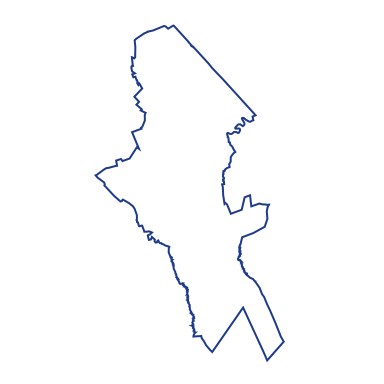 the district of Roerdalen, Limburg, Netherlands, rotated 92°
{"feature_id": "6326949B39652859333828", "entity_name": "Roerdalen", "entity_type": "district", "adm_level": 2, "iso_a3": "NLD", "parent_name": "Netherlands", "parent_adm1": "Limburg", "projection": "orthographic", "projection_center": [6.075, 51.145], "detail": "fine", "context": "isolated", "style": "outline", "palette": "blue", "viewbox_px": 384, "rotation_deg": 92, "n_neighbors": 0, "source": "geoboundaries", "source_scale": "gbopen_adm2", "svg_char_len": 6092}
<svg xmlns="http://www.w3.org/2000/svg" viewBox="0 0 384 384"><g transform="rotate(92 192 192)"><path d="M78.2,165.1L67.6,176.0L63.0,180.0L46.8,195.9L47.0,196.1L46.4,196.7L46.5,197.0L46.3,197.3L46.2,197.0L42.3,200.7L42.2,200.6L26.6,215.8L26.3,216.5L29.6,221.5L27.4,224.2L27.1,225.8L32.0,236.7L33.3,241.8L33.5,241.7L35.1,245.2L40.8,253.1L42.4,254.6L48.8,253.7L59.5,253.5L60.5,254.5L59.7,255.7L59.4,256.8L67.0,255.7L68.1,255.3L68.6,256.2L68.2,256.5L68.7,256.9L70.2,256.9L73.6,256.0L75.4,253.2L76.5,255.8L79.4,254.6L78.8,252.6L82.1,251.3L82.0,251.0L84.3,250.0L85.0,250.6L87.0,249.3L85.6,248.3L90.3,245.4L98.8,252.9L103.7,248.1L106.7,250.6L111.1,245.1L112.3,246.1L114.5,241.1L116.6,241.9L122.1,241.6L128.3,243.8L129.6,245.2L130.5,244.7L134.3,254.0L150.7,246.5L149.3,248.7L160.7,255.5L163.5,262.5L161.5,264.1L163.2,268.9L168.4,267.8L168.7,269.5L170.7,275.9L171.2,278.6L173.1,281.4L178.0,287.5L178.7,288.9L180.9,286.9L185.5,280.2L187.3,279.4L188.5,279.8L198.7,269.6L204.0,263.1L203.4,261.7L202.5,261.4L202.0,260.8L205.2,254.7L208.3,250.5L210.9,248.7L217.0,246.3L221.2,246.1L222.0,246.5L222.6,246.0L224.0,245.8L224.0,245.3L224.7,244.8L227.6,244.0L228.0,243.6L228.0,243.0L227.3,241.1L227.4,240.6L233.4,238.2L233.2,237.6L233.3,235.8L232.8,233.6L233.9,230.6L235.9,232.6L236.7,234.4L237.1,234.7L241.4,233.4L240.8,231.3L238.3,230.5L240.9,227.5L242.4,227.7L243.7,226.8L243.8,226.1L243.6,225.3L242.1,224.8L241.6,224.0L243.4,223.1L244.2,222.3L244.3,220.8L244.6,220.8L245.0,220.2L245.4,218.5L246.5,216.7L247.3,213.2L247.7,212.7L248.5,213.2L253.0,213.2L256.6,211.7L257.0,211.2L257.4,211.3L257.4,210.7L257.7,210.4L258.1,210.5L258.0,210.1L258.1,209.9L258.6,210.3L259.9,209.8L260.2,209.3L260.5,210.0L261.6,209.6L261.9,209.9L261.6,210.1L262.0,210.1L262.3,209.9L262.5,209.3L263.5,208.9L263.5,208.6L264.3,208.8L264.7,208.0L265.1,208.2L265.1,207.9L265.9,207.7L266.5,208.0L266.7,207.7L267.1,207.9L269.6,207.5L272.5,205.9L274.1,205.7L274.8,204.8L276.2,204.9L277.4,204.2L277.9,204.5L278.3,203.6L278.8,203.4L279.2,203.6L279.4,203.1L279.2,202.9L279.8,202.4L280.4,203.0L282.1,201.7L282.9,201.7L284.0,201.0L284.3,200.4L284.0,199.5L283.8,199.5L284.0,199.4L283.6,198.4L284.1,198.3L284.2,198.0L284.0,197.5L285.0,197.7L284.9,197.3L285.4,197.2L285.1,197.0L285.2,196.7L286.6,196.3L286.5,195.8L286.6,195.3L287.0,195.3L286.9,195.5L287.0,195.8L287.6,195.4L287.6,194.2L288.2,194.2L287.6,193.9L287.8,193.5L288.5,193.7L288.3,194.1L288.7,194.3L289.2,194.2L289.3,193.4L290.0,193.5L289.8,193.1L289.4,193.1L289.7,192.7L290.4,192.8L290.5,193.4L291.0,193.6L291.4,193.3L291.4,192.9L291.7,192.8L292.4,193.4L292.7,193.1L293.6,193.3L294.2,193.0L294.8,193.5L294.8,192.9L295.6,192.5L296.5,192.9L296.8,192.4L297.4,192.8L297.6,192.6L297.7,192.9L297.9,193.0L298.3,192.4L299.4,192.8L299.6,192.2L300.4,192.3L300.5,192.8L301.1,192.1L302.2,191.9L302.4,191.5L302.7,191.5L302.6,192.0L302.9,191.9L302.9,191.5L303.3,191.6L304.9,190.4L306.7,190.3L306.7,190.6L307.8,190.1L309.5,190.0L311.4,188.9L312.1,189.0L312.2,188.7L312.7,188.9L313.0,188.6L313.2,188.9L314.0,187.8L313.5,187.1L314.5,187.6L314.8,187.1L314.5,187.0L315.1,186.7L315.0,186.3L316.5,186.2L316.8,185.8L317.0,186.1L317.7,185.8L318.0,186.3L318.3,185.6L319.6,186.5L320.4,186.0L320.4,186.4L320.9,186.7L321.8,186.7L322.5,187.1L323.7,186.3L323.8,186.7L324.7,186.5L325.0,187.0L325.4,186.5L325.6,187.2L325.7,186.8L326.5,186.6L326.1,186.5L326.3,186.1L326.7,186.4L327.2,185.9L327.4,186.0L327.3,186.3L327.5,186.3L327.9,185.8L328.4,185.5L328.5,185.9L328.9,185.6L329.0,185.4L328.8,185.2L329.0,185.0L329.7,184.9L330.3,185.0L330.6,185.3L330.7,184.8L331.7,184.9L332.1,184.8L332.1,184.4L332.9,184.5L332.8,184.1L333.3,184.6L335.2,185.4L336.4,185.5L335.6,177.7L337.6,177.3L341.1,174.6L344.6,172.6L349.0,168.6L351.2,166.2L305.7,136.9L349.6,114.8L357.7,111.0L338.4,95.1L333.3,98.2L319.4,104.3L307.6,109.9L301.7,113.0L294.3,116.3L291.7,118.4L285.4,121.1L280.1,125.1L279.1,125.5L279.1,126.1L276.9,127.9L275.7,130.9L274.1,132.9L273.5,133.3L273.3,134.1L271.8,134.2L272.0,134.8L271.4,135.1L271.5,135.3L271.3,135.6L271.7,135.7L271.5,135.9L270.4,136.3L270.0,137.0L269.7,136.6L269.2,136.6L268.5,137.3L267.4,137.2L267.4,137.8L266.8,138.0L267.0,138.1L266.9,138.6L266.0,138.5L264.9,139.4L264.7,139.2L263.5,139.7L262.8,139.5L262.0,140.0L261.6,139.9L261.6,140.1L261.3,139.9L261.0,140.2L260.9,139.9L260.6,140.4L260.1,140.2L260.1,140.6L259.3,140.8L259.5,141.1L259.1,141.3L258.9,141.7L258.3,141.7L258.2,142.1L258.4,143.3L257.2,143.8L255.5,142.9L255.1,143.0L254.9,142.4L254.0,142.3L254.0,141.9L253.3,142.2L252.8,142.1L253.3,141.9L252.5,141.2L252.0,141.2L252.1,141.6L251.6,141.3L251.4,141.9L251.2,141.9L250.9,142.3L250.3,142.0L250.4,142.3L249.9,142.7L249.3,142.6L248.8,142.1L248.4,142.3L248.7,142.5L248.0,142.7L247.7,142.6L247.7,142.2L248.1,142.3L247.8,142.1L247.1,142.5L246.9,142.0L246.2,141.9L246.3,142.5L245.9,142.6L245.8,142.4L245.6,142.7L245.2,142.6L245.2,142.8L244.7,142.7L244.7,142.4L244.0,142.3L244.2,141.6L243.8,142.1L242.8,142.1L242.5,141.7L235.5,140.3L230.9,129.3L224.2,118.1L216.1,115.7L208.8,116.6L204.5,115.9L202.0,114.7L202.2,116.4L201.9,118.3L201.9,121.2L201.2,124.3L204.3,132.2L193.2,133.9L195.5,139.2L208.0,141.7L212.4,152.4L203.3,156.5L201.6,158.5L202.5,159.1L194.2,160.7L185.8,161.4L183.3,162.2L183.0,160.1L180.1,160.5L180.1,160.9L179.9,161.3L178.3,161.5L177.7,160.5L177.0,160.5L175.9,161.1L175.6,161.6L172.5,161.5L172.5,161.1L170.1,161.4L169.9,160.4L169.6,160.4L169.5,160.0L168.9,160.0L167.8,159.2L166.7,157.6L165.8,155.3L163.0,155.8L160.3,154.4L156.4,154.5L154.7,153.9L152.5,152.3L151.6,151.6L150.5,150.1L148.5,151.6L145.5,153.2L144.2,154.4L143.7,155.3L141.1,155.9L140.9,157.0L136.9,157.4L135.9,158.3L135.3,158.0L133.4,158.9L132.1,158.9L131.7,158.2L132.6,156.0L132.6,154.5L132.0,153.5L130.7,152.5L130.5,151.7L130.6,149.8L131.4,148.2L131.2,147.3L128.8,146.1L127.5,146.3L127.0,146.8L126.9,147.6L127.2,150.7L126.9,151.0L126.1,151.0L123.1,148.4L122.7,147.5L122.7,146.1L124.4,143.5L123.5,142.4L122.4,141.9L121.2,142.1L117.0,144.7L116.5,144.7L116.2,144.1L116.2,142.9L118.0,140.6L119.6,137.5L119.8,136.2L118.6,134.5L118.2,133.2L114.5,134.1L113.1,131.1L78.2,165.1Z" fill="none" stroke="#1e3a8a" stroke-width="2"/></g></svg>